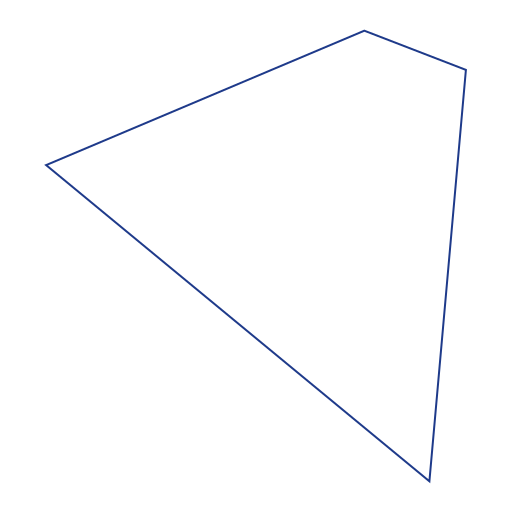 Rose Atoll, Mercator projection
{"feature_id": "ASM-5000", "entity_name": "Rose Atoll", "entity_type": "state/province", "adm_level": 1, "iso_a3": "ASM", "parent_name": "American Samoa", "parent_adm1": "", "projection": "mercator", "projection_center": [-168.164, -14.526], "detail": "fine", "context": "isolated", "style": "outline", "palette": "blue", "viewbox_px": 512, "rotation_deg": 0, "n_neighbors": 0, "source": "natural_earth", "source_scale": "10m", "svg_char_len": 184}
<svg xmlns="http://www.w3.org/2000/svg" viewBox="0 0 512 512"><path d="M429.4,481.3L46.1,165.1L364.3,30.7L465.9,69.9L429.4,481.3Z" fill="none" stroke="#1e3a8a" stroke-width="2"/></svg>